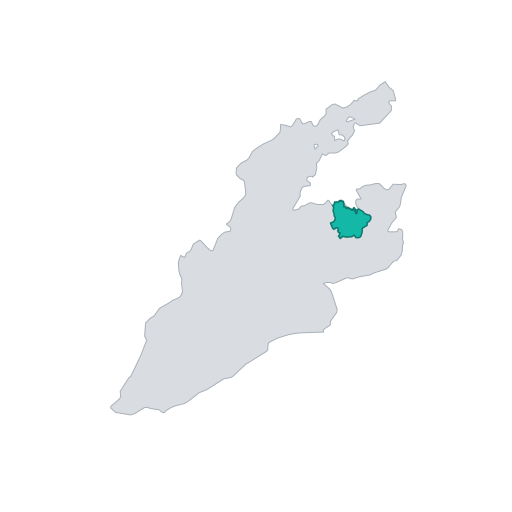 location of Aksy, Jalal-Abad, Kyrgyzstan, rotated 149°
{"feature_id": "92254566B91870042144057", "entity_name": "Aksy", "entity_type": "district", "adm_level": 2, "iso_a3": "KGZ", "parent_name": "Kyrgyzstan", "parent_adm1": "Jalal-Abad", "projection": "orthographic", "projection_center": [71.846, 41.557], "detail": "fine", "context": "in_parent", "style": "filled", "palette": "teal", "viewbox_px": 512, "rotation_deg": 149, "n_neighbors": 0, "source": "geoboundaries", "source_scale": "gbopen_adm2", "svg_char_len": 6750}
<svg xmlns="http://www.w3.org/2000/svg" viewBox="0 0 512 512"><g transform="rotate(149 256 256)"><path d="M119.0,305.0L120.2,304.2L124.1,303.4L132.0,302.7L134.7,303.3L140.1,306.6L144.2,306.2L145.0,306.7L146.6,309.4L152.4,305.4L156.5,304.2L158.6,300.1L163.1,295.3L166.9,294.5L167.0,295.3L167.7,296.0L171.6,297.1L172.8,295.8L173.4,294.0L172.0,291.3L172.0,290.1L173.2,288.4L179.4,291.0L180.8,290.9L183.6,289.4L186.2,286.8L187.1,284.7L199.7,277.8L200.5,276.6L200.4,275.7L195.0,274.3L192.7,275.2L190.4,275.2L189.1,274.2L182.7,273.9L181.2,273.2L176.9,268.5L171.6,265.4L169.1,265.6L166.0,266.9L165.1,266.3L164.8,261.8L164.2,259.1L162.4,258.4L160.0,259.5L153.6,258.0L152.8,252.3L150.4,247.3L147.0,245.3L146.9,242.2L145.7,241.0L144.7,241.3L143.4,242.8L144.0,246.2L143.5,249.5L142.7,251.2L141.3,252.4L139.6,252.5L136.6,250.8L136.1,260.9L135.6,261.5L132.1,260.1L129.3,260.7L125.1,260.0L122.0,258.3L115.8,256.4L113.0,254.5L111.3,247.6L109.6,245.2L108.0,244.6L101.6,246.9L94.9,242.6L91.7,241.7L90.8,240.4L91.0,238.9L101.2,231.5L105.3,226.3L107.8,224.2L114.1,221.9L115.6,217.2L116.2,216.6L122.6,214.4L129.8,210.2L130.0,209.1L129.3,208.1L122.8,204.2L119.6,205.9L117.6,203.7L117.7,201.4L119.9,197.5L121.7,195.6L122.5,191.8L125.1,189.3L127.8,185.3L131.0,182.1L137.0,179.7L140.4,180.5L143.5,179.9L148.4,178.0L151.3,177.8L163.8,180.8L167.9,181.0L177.7,184.8L185.3,186.7L189.0,190.5L201.2,192.0L204.6,193.1L205.8,194.9L209.4,197.1L212.3,197.6L209.6,188.6L210.5,183.2L214.0,168.3L216.0,166.0L225.8,161.7L228.0,158.5L235.0,158.4L236.5,157.8L237.2,156.0L259.5,168.3L267.9,171.6L279.6,174.5L289.3,175.2L291.0,174.3L294.6,169.1L296.4,168.8L320.6,168.5L337.6,164.8L340.1,164.8L346.7,167.3L367.1,166.8L375.2,168.1L387.8,166.5L393.2,166.4L403.1,169.3L406.5,169.8L412.8,169.8L415.1,169.0L416.6,169.7L418.4,174.2L424.8,179.5L427.3,182.4L429.6,183.5L441.0,183.4L445.3,184.3L456.8,194.2L458.8,200.5L457.8,201.9L446.8,203.8L444.4,205.0L442.1,210.0L427.6,217.2L425.4,217.3L406.2,229.9L393.0,240.2L392.7,244.7L385.2,255.4L379.1,257.1L373.9,257.2L365.5,260.9L354.4,260.6L350.6,261.0L343.3,260.0L340.4,260.9L337.4,263.2L333.6,271.5L331.9,273.5L331.2,275.4L330.8,279.4L329.4,283.6L326.1,290.1L323.1,293.2L320.3,295.2L317.8,291.5L314.1,294.3L310.6,294.0L308.4,294.9L303.6,298.5L296.3,298.7L295.5,297.6L293.6,288.4L292.2,284.1L291.1,283.1L289.8,283.1L279.6,290.8L274.8,292.2L270.8,292.6L265.5,290.6L264.4,291.2L263.6,292.4L263.2,293.9L264.9,298.0L264.5,298.8L262.1,298.8L258.9,299.9L249.1,308.7L242.8,311.1L236.8,312.2L233.3,313.8L231.4,317.0L227.7,325.9L227.9,327.8L229.6,330.1L230.9,335.4L230.7,336.8L227.6,341.3L223.5,342.7L220.4,343.4L214.2,342.9L211.1,343.9L205.3,347.3L200.5,348.0L191.5,348.2L182.6,347.1L179.7,347.5L171.9,349.6L169.2,352.7L167.8,355.5L167.1,356.0L163.9,353.3L159.9,348.9L157.9,348.9L150.9,352.6L149.8,352.5L147.8,351.1L148.1,345.4L145.8,344.2L141.0,343.9L139.3,342.6L139.9,338.9L139.4,337.5L138.1,336.4L135.6,336.7L130.6,339.8L124.7,340.8L122.7,341.8L120.3,345.8L112.5,346.5L110.0,345.6L105.3,338.1L101.3,336.9L97.1,337.1L91.5,338.9L90.2,337.3L88.8,336.8L87.4,338.1L80.5,338.2L73.6,337.8L69.6,336.8L67.0,336.8L61.8,338.7L55.5,338.9L55.0,332.0L53.2,327.2L55.3,319.6L56.5,317.1L61.1,320.1L62.8,319.7L63.3,318.2L62.7,314.7L65.1,311.0L81.6,306.2L99.8,314.1L102.1,319.0L103.7,318.8L106.2,316.7L107.1,312.5L110.6,310.2L118.5,307.5L119.0,305.0ZM128.2,322.1L128.5,321.4L127.2,317.8L129.1,314.5L125.4,313.9L123.5,312.9L121.4,309.4L120.7,309.3L119.6,310.2L119.0,312.4L119.5,314.9L122.1,317.2L120.8,322.0L126.3,322.6L128.2,322.1ZM109.1,325.3L108.9,324.2L107.7,323.8L100.8,322.3L101.0,323.3L103.7,326.9L105.6,327.1L109.1,325.3ZM149.9,319.4L150.3,317.2L146.2,318.5L145.7,319.6L147.1,321.0L148.9,321.5L149.9,319.4Z" fill="#d9dde1" stroke="#a8b0b8" stroke-width="1"/><path d="M144.0,243.6L144.3,243.6L144.5,243.6L144.8,243.6L145.0,243.6L145.4,243.4L145.5,243.4L145.6,243.2L145.8,243.1L145.9,242.9L146.0,242.8L146.0,242.7L146.2,242.4L146.4,242.0L146.7,241.8L146.7,241.6L146.8,241.6L146.9,241.4L147.0,241.3L147.2,241.2L147.4,241.1L147.5,240.9L147.8,240.6L148.1,240.6L148.2,240.8L148.3,240.9L148.4,241.1L148.5,241.3L148.5,241.5L148.3,241.5L148.2,241.7L148.0,241.8L148.0,241.7L147.9,241.8L147.7,241.9L147.7,242.0L147.8,242.0L147.9,241.9L148.0,242.0L148.2,242.3L148.1,242.5L148.1,242.8L147.9,242.9L147.8,243.0L148.0,243.2L148.0,243.3L147.9,243.3L147.7,243.3L147.5,243.5L147.4,243.6L147.4,243.8L147.5,244.1L147.6,244.3L147.8,244.5L147.7,244.5L147.8,244.6L147.8,244.8L147.7,244.8L147.5,245.0L147.4,245.0L147.2,245.0L147.3,245.1L147.3,245.3L147.2,245.3L147.0,245.5L146.9,245.7L146.9,245.8L146.9,246.0L146.9,246.3L146.9,246.8L147.1,246.9L147.4,246.9L147.8,246.8L147.8,246.2L147.7,246.0L147.9,246.0L148.0,245.7L148.2,245.4L148.3,245.4L148.5,245.4L148.8,245.6L148.8,245.9L148.9,246.2L149.2,246.2L149.3,246.0L149.6,245.7L149.8,245.6L150.0,245.8L150.4,246.0L150.4,246.3L150.5,246.5L150.5,246.9L150.4,247.1L150.5,247.3L150.6,247.5L150.8,247.9L150.9,248.0L150.9,247.9L151.0,247.9L151.0,248.0L151.1,248.3L151.3,248.3L151.6,248.5L151.8,248.5L151.8,248.8L151.8,249.1L152.0,249.1L152.0,249.5L151.9,249.8L152.1,250.1L152.4,250.3L152.8,250.3L153.1,250.4L153.2,250.2L153.3,250.2L153.5,249.9L153.6,249.7L153.6,249.8L153.8,249.9L153.8,250.0L154.1,250.4L154.1,250.8L153.7,251.0L153.9,251.6L154.0,251.8L154.1,252.0L154.3,252.2L154.4,252.4L154.5,252.5L154.9,252.8L155.1,253.0L155.3,253.1L155.2,253.3L155.0,253.5L154.9,253.6L154.7,253.7L154.6,253.8L154.5,254.2L154.5,254.5L154.4,254.7L154.3,254.9L154.2,254.9L153.9,255.0L153.8,255.3L153.8,256.0L153.6,256.1L153.6,256.3L153.6,256.5L153.2,256.9L153.0,257.7L153.0,257.9L153.3,258.1L153.8,258.1L153.8,258.3L153.8,258.8L153.9,259.4L154.2,259.7L154.6,259.8L154.8,259.8L154.9,259.7L154.9,259.8L155.0,259.9L155.1,260.0L155.3,259.9L155.3,260.0L155.5,260.1L155.8,260.2L156.0,260.5L156.3,260.4L156.6,259.9L157.6,259.9L157.8,259.9L158.1,259.9L158.3,259.9L158.3,260.1L158.5,260.5L158.8,260.8L159.1,260.9L159.4,260.9L159.5,260.9L159.5,261.0L159.8,261.1L160.0,261.2L160.1,261.3L160.3,261.4L160.4,261.5L160.5,261.7L160.7,261.8L160.9,261.6L161.0,261.5L161.1,261.4L161.6,261.0L161.6,260.9L161.6,260.7L161.8,260.4L162.0,260.2L162.6,260.1L162.8,260.0L162.9,259.8L163.1,259.7L163.3,259.7L163.6,259.8L163.9,259.7L164.2,259.5L164.3,259.6L164.4,257.6L166.6,255.2L167.3,252.1L168.3,250.1L168.4,247.7L170.3,245.9L172.4,245.4L174.5,245.8L175.2,245.8L176.0,240.5L175.5,238.8L172.6,238.8L171.4,237.9L171.9,236.2L173.0,235.5L173.2,233.6L172.1,232.7L173.4,231.1L175.0,230.6L174.8,227.7L171.2,228.0L169.1,225.8L164.0,223.2L161.1,223.3L160.9,220.3L159.1,219.0L157.4,218.6L155.9,219.0L153.0,221.5L150.5,225.0L144.9,225.1L143.8,227.2L141.0,227.4L138.9,228.4L137.4,230.2L137.5,232.4L139.0,233.7L141.1,236.5L141.4,238.9L144.0,243.6Z" fill="#14b8a6" stroke="#0f766e" stroke-width="1.5"/></g></svg>